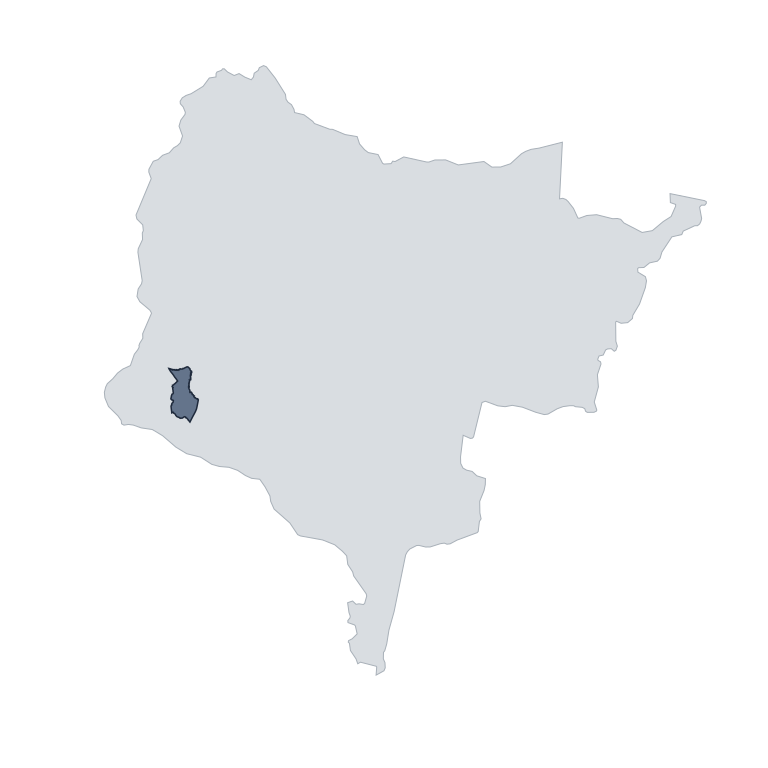 location of Budjala, Équateur, Democratic Republic of the Congo, rotated 282°
{"feature_id": "63176286B30356596276779", "entity_name": "Budjala", "entity_type": "district", "adm_level": 2, "iso_a3": "COD", "parent_name": "Democratic Republic of the Congo", "parent_adm1": "Équateur", "projection": "albers", "projection_center": [20.221, 2.596], "detail": "fine", "context": "in_parent", "style": "filled", "palette": "slate", "viewbox_px": 768, "rotation_deg": 282, "n_neighbors": 0, "source": "geoboundaries", "source_scale": "gbopen_adm2", "svg_char_len": 8716}
<svg xmlns="http://www.w3.org/2000/svg" viewBox="0 0 768 768"><g transform="rotate(282 384 384)"><path d="M657.6,508.2L601.6,517.2L602.8,520.3L602.3,523.6L600.8,526.1L595.2,532.8L586.7,539.1L586.7,540.5L591.0,547.4L593.8,556.8L593.2,573.3L594.4,577.8L594.3,581.3L591.4,585.2L585.9,605.0L589.8,614.6L601.0,623.4L607.5,630.0L618.6,632.3L620.3,631.9L621.0,626.4L629.7,624.2L630.0,659.3L629.4,661.3L627.8,661.7L625.6,660.6L624.9,657.3L622.6,655.9L611.9,660.3L609.2,660.2L606.2,659.5L604.0,657.7L603.4,655.0L595.8,644.9L592.1,644.2L587.8,635.0L570.9,628.4L564.4,627.9L561.0,625.9L557.7,618.6L552.0,614.0L550.7,608.8L549.6,608.1L546.2,609.1L543.3,617.4L539.5,619.3L532.6,619.6L515.3,617.3L502.9,613.1L499.7,613.4L494.7,609.6L492.7,603.3L493.7,598.4L492.8,597.7L474.0,601.9L469.5,604.4L465.2,603.8L463.9,602.4L465.8,599.0L464.8,595.4L463.4,593.7L457.9,592.4L456.1,588.5L452.7,587.9L451.6,588.5L450.7,591.2L448.7,592.1L437.5,590.8L425.7,594.3L410.1,593.4L402.7,597.6L401.6,597.4L400.0,595.3L398.5,588.7L399.3,586.8L401.6,585.5L402.4,582.8L401.6,575.8L402.2,574.2L401.4,570.2L399.1,563.8L395.8,558.6L388.7,550.7L387.4,547.1L387.9,538.3L390.1,524.3L389.8,513.9L387.0,507.2L386.3,499.9L388.2,486.8L386.3,483.7L350.9,482.6L349.4,481.7L348.7,479.8L350.3,472.1L328.7,474.0L322.3,475.5L318.2,478.7L316.9,482.7L316.8,488.4L313.5,493.8L312.6,502.9L306.6,504.0L300.6,504.0L289.1,502.0L277.8,504.6L272.3,507.0L269.4,505.9L259.3,506.8L258.0,506.1L246.5,487.9L241.4,481.9L240.4,478.9L240.9,476.1L239.5,472.3L234.2,463.0L233.2,458.6L233.4,451.8L232.8,449.5L228.0,443.6L224.8,441.7L221.3,440.7L163.5,441.2L144.3,440.0L130.4,440.7L123.3,440.2L121.4,439.3L115.0,440.5L111.6,442.9L106.6,444.2L103.5,443.6L97.6,436.8L105.7,435.7L106.3,435.0L107.0,418.8L104.9,416.5L109.3,413.8L116.3,406.6L123.2,404.1L124.1,402.7L125.6,402.7L128.1,405.8L134.0,409.7L141.4,406.3L142.2,405.3L143.1,398.4L145.0,397.8L148.1,399.3L149.9,399.3L153.1,397.3L162.5,393.9L165.2,398.4L162.7,402.4L163.8,405.3L164.0,409.7L165.5,410.7L173.0,411.2L175.1,410.2L189.9,394.3L193.7,392.4L200.0,386.1L208.2,383.2L211.7,378.2L216.5,369.2L218.7,356.3L218.0,333.9L218.7,330.9L228.5,320.8L238.8,302.5L245.6,297.6L250.8,295.7L258.7,289.0L265.0,282.3L264.2,274.1L265.7,267.4L269.1,258.8L270.3,249.7L269.1,240.2L269.6,232.3L274.3,219.8L274.8,205.5L279.0,193.5L287.4,178.2L291.3,166.8L290.6,155.6L291.7,147.3L291.3,142.4L289.7,138.2L290.5,135.6L293.7,134.5L297.6,130.3L304.7,119.2L312.4,113.9L317.7,112.2L323.2,112.4L326.8,113.3L332.7,117.6L339.3,121.1L344.3,125.4L349.3,132.1L361.2,133.6L366.2,136.0L369.4,136.9L370.5,136.3L373.0,136.6L378.6,138.6L383.0,137.5L405.0,141.9L407.5,139.7L413.7,128.1L418.2,124.2L425.8,123.8L431.6,126.0L434.8,126.0L461.7,115.9L465.2,115.5L475.1,117.8L481.4,116.2L484.0,116.7L489.5,114.9L494.0,108.0L497.7,106.3L536.5,113.6L542.4,109.9L545.2,109.4L553.9,112.0L556.5,116.3L561.7,119.9L565.5,125.9L571.3,129.2L574.2,132.4L577.6,134.6L584.7,135.4L593.6,129.9L599.9,130.4L606.3,133.3L608.5,133.2L613.3,129.9L615.8,126.5L618.2,125.8L622.0,127.2L625.1,130.4L627.8,134.9L637.6,145.2L647.0,149.5L649.4,155.8L652.8,155.2L654.5,155.8L657.0,159.8L658.7,160.6L659.1,162.2L656.7,166.0L654.6,173.3L657.5,177.7L655.2,184.2L654.0,190.9L657.1,192.5L661.0,192.4L664.6,195.8L667.5,196.3L670.4,200.0L669.8,203.0L660.6,214.0L646.8,227.4L642.1,229.0L639.7,231.5L638.0,235.4L634.0,238.8L630.9,240.1L630.7,249.7L626.1,259.7L624.3,261.8L621.9,278.0L622.4,280.8L619.9,294.0L620.4,306.3L613.7,310.2L609.1,316.3L607.1,320.5L607.2,330.5L599.6,336.7L599.1,338.1L601.0,345.1L603.8,346.2L603.9,348.6L610.2,356.1L610.0,379.4L610.4,381.7L613.7,387.2L616.0,397.7L613.7,411.1L622.4,435.5L618.6,444.4L620.5,453.0L625.7,461.9L637.8,470.6L641.0,474.2L644.1,479.1L647.0,486.7L657.6,508.2Z" fill="#d9dde1" stroke="#a8b0b8" stroke-width="1"/><path d="M316.1,204.8L317.9,205.3L320.6,205.8L321.7,205.8L324.2,205.8L329.7,205.7L329.8,205.5L330.1,205.2L330.1,205.4L330.3,205.4L330.5,205.3L330.6,205.1L330.3,205.0L330.3,204.9L330.2,204.7L330.3,204.4L330.5,204.3L330.8,204.3L330.8,204.2L330.7,203.4L330.8,203.2L331.0,202.8L331.1,202.5L331.2,202.4L331.4,202.3L331.5,202.1L331.4,202.0L331.3,201.9L331.2,201.7L331.3,201.4L331.5,201.3L331.8,201.3L332.0,200.9L332.2,200.6L332.4,200.5L332.6,200.4L332.8,200.5L333.0,200.7L333.4,199.9L333.7,199.7L333.8,199.6L333.7,199.2L333.8,198.8L333.8,198.7L334.2,198.4L334.3,198.4L334.6,198.5L335.0,198.0L335.1,197.9L335.5,197.8L335.6,197.7L335.5,197.4L335.5,197.2L335.9,197.1L335.8,196.7L335.9,196.4L335.5,196.1L335.4,196.0L335.5,195.9L335.7,195.7L335.8,195.7L336.5,195.7L336.8,195.5L337.3,195.5L337.7,195.2L337.8,195.1L338.1,195.0L338.2,194.9L338.4,194.7L338.5,194.4L339.2,194.1L339.5,193.8L340.0,194.1L340.3,194.1L340.3,193.6L340.5,193.4L340.8,193.4L341.0,193.4L341.1,193.5L341.2,193.8L341.3,193.9L341.5,193.9L341.8,193.4L342.0,193.3L342.7,193.5L342.9,193.5L343.2,193.3L343.5,193.0L343.8,193.0L344.1,193.3L344.3,193.3L344.6,193.0L344.8,193.0L345.1,193.1L345.4,193.3L345.6,193.3L345.7,193.2L345.8,193.1L346.2,193.1L346.7,193.2L346.9,193.2L347.2,193.0L347.4,192.9L347.4,193.0L347.5,193.3L347.8,193.4L347.9,193.5L347.7,193.8L347.8,194.0L348.0,194.1L348.3,193.7L348.6,193.5L348.8,193.5L349.2,193.8L349.4,193.6L349.6,193.4L349.9,193.6L350.2,193.6L350.4,193.5L350.7,193.4L351.2,193.1L351.7,193.2L351.7,192.9L352.1,192.9L352.3,192.8L352.5,192.7L352.6,192.8L352.7,193.0L352.5,193.3L352.6,193.5L352.8,193.6L353.0,193.5L353.2,193.3L353.5,193.3L353.6,193.2L353.8,192.8L353.9,192.7L354.2,192.8L354.4,192.7L354.6,192.6L354.7,192.8L354.7,193.1L354.7,193.4L354.9,193.5L355.0,193.5L355.3,193.4L355.5,193.4L355.6,193.5L355.8,193.5L355.9,193.4L355.9,193.1L355.8,192.9L356.1,192.7L356.4,192.9L356.6,192.9L356.7,192.5L356.7,192.3L356.9,192.0L357.1,191.8L357.8,191.2L358.4,191.1L358.5,191.0L358.7,190.8L359.1,190.1L359.3,189.8L359.6,189.1L359.9,188.8L360.0,188.6L359.9,188.2L359.8,187.7L359.7,187.7L359.4,187.3L359.3,187.0L359.0,186.7L358.7,186.1L358.3,185.8L358.1,185.5L357.8,185.2L357.5,185.0L357.5,184.9L357.4,184.7L357.2,184.2L357.3,184.1L357.1,184.0L356.9,183.8L356.7,183.6L356.6,183.4L356.6,183.1L356.5,182.7L356.4,182.5L356.5,182.1L356.4,181.7L356.5,181.5L356.5,181.3L356.4,181.2L356.1,181.1L355.9,181.2L355.7,181.2L355.4,180.9L355.6,180.6L355.5,180.4L355.2,180.3L355.1,180.2L355.3,179.9L355.3,179.7L355.1,179.6L354.6,179.6L354.6,179.4L354.8,179.2L354.8,178.8L354.6,178.8L354.4,178.6L354.4,178.4L354.5,178.2L354.8,177.9L354.7,177.8L354.4,177.7L354.2,177.6L354.3,177.1L354.1,176.8L354.2,176.5L354.1,176.3L354.1,176.1L354.4,176.1L354.5,176.1L354.4,175.8L354.3,175.6L354.3,175.3L354.1,175.3L354.1,175.2L354.2,174.9L354.0,174.7L353.6,174.0L353.6,173.9L353.8,173.8L354.0,174.1L354.2,173.9L353.9,173.6L354.1,173.3L354.2,173.0L354.3,172.8L354.4,172.5L354.1,172.2L354.3,172.1L354.3,171.9L354.4,171.7L354.2,171.4L354.3,171.2L354.5,170.8L354.5,170.3L353.7,170.9L353.6,171.0L353.4,171.2L352.8,171.8L351.9,172.6L351.4,173.2L351.2,173.5L350.7,174.1L350.3,174.6L349.7,175.3L349.1,176.0L347.2,177.9L345.9,179.5L344.9,180.5L344.4,181.2L344.0,181.5L343.7,181.2L342.7,180.7L342.3,180.4L341.6,179.9L341.2,179.7L340.8,179.4L340.4,178.9L339.5,178.4L339.2,178.2L339.1,177.9L338.9,177.6L338.8,177.4L338.6,177.5L338.3,177.5L337.9,177.5L337.6,177.4L337.3,177.3L337.0,177.9L336.9,178.1L336.7,178.4L336.3,178.2L336.0,178.2L335.9,178.3L335.4,178.3L335.0,178.5L334.4,178.7L333.6,179.1L333.1,179.1L332.6,179.4L332.3,179.5L331.9,179.6L331.6,179.8L331.4,179.8L331.3,179.7L331.2,179.7L330.8,179.7L330.6,179.6L330.4,179.5L330.3,179.3L330.2,179.2L330.1,178.9L329.9,178.8L329.8,178.7L329.5,178.7L329.2,178.7L328.4,178.6L327.9,178.4L327.5,178.6L327.4,178.7L326.9,178.7L326.4,178.6L325.9,178.5L325.4,178.6L325.0,178.7L325.0,178.8L324.9,179.2L324.8,179.4L324.4,179.7L324.3,179.9L324.2,180.0L324.3,180.4L324.2,180.6L324.2,181.2L324.1,181.4L323.9,181.4L323.5,181.5L323.2,181.4L322.5,181.5L322.4,181.4L322.0,181.4L321.9,181.3L321.7,181.0L321.4,180.8L321.0,180.7L320.7,180.6L320.3,180.5L320.1,180.5L319.9,180.5L319.6,180.8L319.3,180.8L319.0,180.5L318.8,180.5L318.4,180.3L318.0,180.3L317.4,180.5L316.4,180.8L314.3,181.5L313.3,181.9L311.9,182.3L311.6,182.4L311.8,182.7L312.2,183.0L312.6,183.5L312.4,184.0L311.9,184.2L311.8,184.3L311.3,185.7L311.1,186.0L310.9,186.2L310.8,186.3L310.4,186.6L310.2,186.7L310.0,186.9L310.0,187.0L309.7,187.3L309.1,188.1L308.9,188.8L308.8,189.6L308.7,190.0L308.7,190.6L308.5,190.9L308.3,191.2L308.1,191.8L308.4,192.2L308.4,192.7L308.8,194.0L309.2,194.3L309.4,194.4L309.7,194.8L310.1,195.1L310.5,195.4L310.5,196.6L310.4,196.8L310.3,197.0L310.0,197.0L309.8,197.0L309.7,197.7L309.7,198.0L309.4,198.4L309.1,198.9L308.8,199.3L308.6,199.6L308.4,199.8L308.2,199.8L308.0,200.0L307.8,200.3L307.0,201.5L306.7,201.7L306.4,202.1L312.0,203.6L316.1,204.8Z" fill="#64748b" stroke="#1e293b" stroke-width="1.5"/></g></svg>